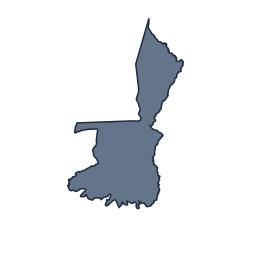 Santa Fe, Ocotepeque, Honduras, rotated 144°
{"feature_id": "27666195B70826657437169", "entity_name": "Santa Fe", "entity_type": "district", "adm_level": 2, "iso_a3": "HND", "parent_name": "Honduras", "parent_adm1": "Ocotepeque", "projection": "albers", "projection_center": [-89.282, 14.484], "detail": "fine", "context": "isolated", "style": "filled", "palette": "slate", "viewbox_px": 256, "rotation_deg": 144, "n_neighbors": 0, "source": "geoboundaries", "source_scale": "gbopen_adm2", "svg_char_len": 5821}
<svg xmlns="http://www.w3.org/2000/svg" viewBox="0 0 256 256"><g transform="rotate(144 128 128)"><path d="M173.7,156.0L173.8,155.4L173.6,155.1L173.3,154.9L172.7,154.7L170.7,154.7L169.6,153.7L167.2,153.4L165.7,152.6L162.4,151.1L160.1,149.8L156.4,147.2L154.2,146.1L153.7,145.5L153.5,144.9L153.5,144.6L153.9,144.1L160.4,137.2L162.7,133.9L164.0,132.7L167.3,132.1L169.1,131.2L169.9,130.3L170.1,129.9L170.3,128.8L171.5,126.7L171.9,125.8L172.0,124.4L171.5,121.4L171.9,120.2L172.0,118.6L173.3,116.5L175.2,117.6L175.6,117.5L176.2,117.0L177.1,117.1L178.4,117.7L179.7,118.6L180.3,118.8L182.0,118.5L185.2,119.3L186.0,119.3L187.2,119.1L188.0,119.2L188.8,119.6L189.4,120.1L192.7,120.5L193.0,120.7L193.0,121.3L193.2,121.6L194.7,122.0L196.5,122.2L197.4,121.9L197.8,121.5L197.6,120.8L197.7,120.5L198.2,120.1L198.7,119.9L199.9,120.2L201.6,121.0L201.8,120.9L202.0,120.6L202.3,120.4L202.6,120.3L203.3,120.6L203.8,120.6L204.6,120.0L205.1,120.0L205.5,120.3L205.6,121.1L206.0,121.3L206.5,120.9L207.0,120.3L207.3,119.2L207.4,118.2L207.6,118.0L208.3,118.1L208.6,117.8L208.7,117.5L208.6,116.9L208.8,116.6L209.3,116.4L209.8,117.0L210.1,117.0L210.3,116.9L210.8,116.4L211.5,113.6L211.7,112.4L211.7,111.9L211.4,111.3L211.0,110.8L209.6,110.3L208.9,109.7L208.3,108.8L207.8,107.8L207.3,107.2L205.8,106.8L203.2,106.7L201.7,106.3L200.0,105.3L199.1,104.6L198.4,103.8L198.3,103.4L198.4,103.0L199.2,102.4L204.9,101.6L206.2,101.0L206.5,100.6L206.3,100.0L205.8,99.5L203.5,98.1L202.6,98.1L201.7,98.6L201.2,98.4L201.1,98.0L201.7,94.3L200.7,92.5L199.7,91.0L199.2,90.7L198.2,90.6L197.7,90.7L197.0,91.1L196.7,91.1L195.9,90.8L194.5,89.9L192.7,88.6L191.6,87.5L191.5,86.9L191.9,86.2L191.9,85.9L191.7,85.8L191.2,85.8L190.1,86.1L188.5,86.1L186.4,85.4L185.1,84.7L184.5,84.5L184.2,84.6L183.6,85.2L183.1,85.4L182.0,85.4L181.4,85.0L181.2,84.5L181.4,84.0L182.5,83.0L183.7,82.1L184.9,81.4L185.8,81.2L186.4,81.5L187.0,82.2L187.4,82.3L187.7,82.3L188.1,81.9L188.3,81.1L188.5,80.6L189.1,80.4L190.0,80.3L190.5,80.1L191.2,79.4L191.6,78.6L191.5,78.1L191.0,77.6L190.5,77.4L189.7,77.3L188.5,77.3L185.8,77.8L183.2,78.0L181.6,77.9L180.8,77.7L180.5,76.9L180.6,75.7L182.0,69.0L179.1,69.4L177.6,70.2L176.9,71.2L176.3,71.3L176.1,71.1L176.0,70.8L176.4,69.8L176.2,68.9L175.0,67.2L174.1,66.5L173.6,66.2L173.2,66.4L172.8,67.3L172.4,68.1L172.2,69.2L172.0,69.4L171.7,69.4L170.7,67.8L169.9,65.8L169.5,65.2L168.2,64.3L167.7,64.3L167.0,64.6L166.6,64.5L166.2,64.2L165.9,63.6L165.7,62.6L165.7,61.8L167.1,60.3L167.7,59.3L167.9,58.6L167.8,57.5L167.5,57.1L167.1,56.8L166.3,56.7L165.8,57.0L164.8,59.8L163.6,59.6L162.8,59.6L162.6,59.7L162.5,60.0L162.6,60.9L162.2,62.0L161.1,59.1L160.0,58.2L159.0,57.7L159.2,54.0L159.0,53.3L158.5,52.9L155.1,51.6L154.3,51.7L153.3,52.6L152.4,52.2L150.9,52.4L150.1,53.0L150.0,53.6L149.9,53.7L147.8,53.4L147.4,53.0L147.1,52.9L146.4,53.6L145.3,54.9L143.0,56.6L142.6,57.6L142.3,57.7L141.8,57.3L141.4,57.3L141.2,57.5L140.9,58.2L139.9,58.5L138.4,59.8L138.3,60.1L138.3,60.8L138.1,61.7L137.7,63.1L137.3,63.5L136.6,63.3L136.2,63.7L136.2,64.3L136.6,65.0L136.4,65.6L136.1,65.8L135.3,65.8L135.1,66.1L135.0,66.7L134.5,67.0L133.8,67.4L133.0,67.5L131.7,69.8L130.8,69.9L130.6,70.1L130.6,70.6L131.2,70.9L131.4,71.3L131.4,72.6L131.0,73.3L130.1,74.1L130.0,75.4L129.4,76.6L129.0,77.1L127.9,78.0L127.3,78.8L127.3,79.1L127.7,79.6L127.6,80.8L128.1,81.7L127.9,82.7L128.1,82.9L128.4,83.1L128.5,83.3L128.4,83.6L127.8,84.1L127.6,84.8L127.4,85.4L127.6,85.9L127.6,86.2L127.4,86.3L127.0,86.1L126.6,86.2L126.5,86.5L126.8,87.0L126.8,87.3L125.8,87.8L125.2,88.7L125.1,89.1L125.6,89.6L125.5,90.0L123.0,90.3L122.2,90.7L121.7,91.2L121.1,92.4L119.9,93.7L118.5,94.8L116.8,97.0L113.6,97.5L112.5,98.6L111.2,99.4L110.2,99.9L104.7,101.1L104.1,101.4L104.0,102.6L104.1,104.1L105.5,106.6L105.9,108.8L106.4,109.6L107.8,111.1L108.6,112.8L108.9,114.6L108.7,117.0L107.8,116.2L106.6,116.0L105.8,116.2L105.2,116.4L104.6,117.6L104.1,117.9L103.5,117.9L102.6,117.3L101.9,117.4L101.4,117.8L100.9,118.4L100.9,118.8L101.1,119.7L101.1,120.4L100.8,121.1L100.4,121.5L99.7,121.7L99.1,121.2L98.7,121.2L98.2,121.5L97.9,122.5L97.4,122.8L96.7,122.9L95.5,122.5L94.0,122.9L92.9,122.7L92.5,122.9L92.2,123.6L91.8,123.9L91.4,123.9L90.8,123.7L90.5,123.7L90.2,124.0L89.8,124.6L88.9,125.0L88.4,125.9L87.0,126.9L85.9,128.0L83.6,129.4L83.3,129.4L83.0,129.0L82.7,128.8L81.8,128.8L76.9,130.5L76.0,131.4L76.0,132.3L75.8,132.6L75.4,132.9L74.7,132.9L74.3,133.1L73.9,133.6L73.7,134.4L73.4,134.8L69.9,136.6L68.9,137.4L68.5,137.5L67.6,137.3L64.3,137.8L62.0,139.3L61.8,139.9L61.4,140.3L60.6,140.6L59.7,140.3L59.1,140.5L58.2,141.1L57.2,142.4L55.0,143.3L53.8,143.6L53.5,143.4L53.3,143.0L52.5,143.1L52.0,142.7L51.8,142.7L51.4,143.6L50.5,144.3L50.4,145.1L46.5,146.5L46.3,146.8L46.3,147.4L46.2,147.8L45.9,148.0L45.3,148.0L45.0,148.1L44.3,150.1L44.9,150.9L44.9,151.2L44.7,151.6L44.7,151.9L45.3,152.1L46.1,151.9L46.8,151.8L48.1,152.3L48.8,152.9L49.3,153.9L49.2,154.4L48.5,154.7L47.4,156.5L47.5,156.8L47.9,156.6L48.1,156.6L48.3,156.9L48.2,157.2L47.6,158.0L47.5,159.0L47.7,159.6L48.0,159.7L48.5,159.6L48.8,159.8L48.5,161.8L48.5,162.5L49.2,163.4L50.2,163.8L50.4,164.3L50.0,165.5L49.2,166.5L49.4,166.9L50.0,167.1L50.0,167.4L49.8,167.7L49.1,167.7L48.8,168.4L48.9,171.4L48.9,172.7L48.5,173.0L48.0,172.7L47.7,172.7L47.5,173.0L47.5,173.4L48.0,174.5L48.8,175.5L49.4,175.7L50.0,175.2L50.4,175.3L50.9,178.3L52.7,180.4L52.8,180.8L52.5,181.5L52.4,182.0L53.0,185.5L52.9,185.8L52.5,186.3L52.4,186.8L52.5,187.9L53.1,189.4L53.2,191.2L52.9,194.8L52.4,197.4L51.6,198.8L50.0,200.0L46.6,204.4L84.2,175.1L95.8,154.3L98.5,150.6L103.1,147.5L104.6,146.0L104.8,144.9L104.8,143.6L104.9,142.3L106.3,139.1L106.4,137.9L106.7,136.8L107.2,136.0L107.9,135.3L110.4,133.9L110.9,133.5L111.1,133.0L111.3,132.0L111.4,129.5L111.6,128.6L112.1,127.9L113.1,127.4L113.7,127.2L114.4,127.2L116.1,127.9L120.9,131.6L166.3,162.1L170.1,159.6L173.7,156.0Z" fill="#64748b" stroke="#1e293b" stroke-width="1.5"/></g></svg>